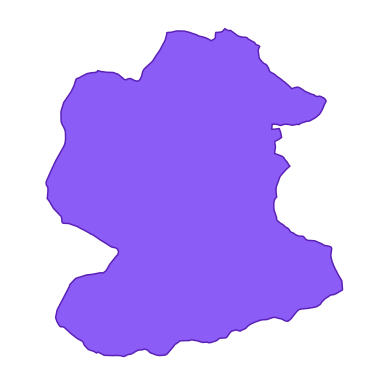 Si Ma Cai, Lào Cai, Vietnam, rotated 267°
{"feature_id": "81297802B8681355150837", "entity_name": "Si Ma Cai", "entity_type": "district", "adm_level": 2, "iso_a3": "VNM", "parent_name": "Vietnam", "parent_adm1": "Lào Cai", "projection": "albers", "projection_center": [104.253, 22.664], "detail": "fine", "context": "isolated", "style": "filled", "palette": "violet", "viewbox_px": 384, "rotation_deg": 267, "n_neighbors": 0, "source": "geoboundaries", "source_scale": "gbopen_adm2", "svg_char_len": 5900}
<svg xmlns="http://www.w3.org/2000/svg" viewBox="0 0 384 384"><g transform="rotate(267 192 192)"><path d="M352.2,175.1L350.4,174.9L344.9,173.1L335.3,167.3L330.5,163.6L324.6,159.4L317.5,150.8L314.9,149.1L309.9,147.6L307.0,145.9L305.5,144.0L306.2,140.8L308.6,136.4L308.4,134.0L307.5,132.2L308.0,130.1L309.7,128.5L313.5,124.3L315.5,119.4L316.0,113.4L317.0,107.8L318.1,104.2L316.8,103.2L316.8,102.7L316.4,101.2L316.4,98.4L316.2,96.3L315.7,93.3L313.4,88.2L312.5,86.4L311.9,84.9L311.2,82.8L311.0,82.5L310.2,81.9L309.4,81.5L308.9,81.4L304.2,79.7L298.4,76.5L288.1,68.6L279.9,65.6L278.2,65.3L270.6,65.0L268.4,65.2L266.8,65.7L264.4,66.8L261.9,67.9L259.4,68.6L257.0,68.7L251.6,68.5L248.0,67.9L246.0,67.2L244.3,66.4L230.3,57.5L220.4,52.2L211.2,47.6L209.6,46.9L208.7,46.8L207.5,46.8L206.5,47.0L204.4,48.1L203.6,48.3L202.1,48.3L198.9,48.0L193.0,47.1L190.5,48.9L182.9,52.8L175.9,58.8L174.9,59.8L173.6,60.3L172.4,60.5L169.2,60.6L168.2,60.9L167.8,61.4L167.5,62.1L167.0,67.2L163.6,75.5L161.3,79.1L160.2,81.2L156.7,86.9L155.6,88.3L154.5,90.6L151.0,95.3L149.5,97.1L144.6,104.2L142.5,107.0L141.6,108.4L141.2,109.1L140.8,110.4L140.4,112.3L139.8,113.5L139.2,114.2L138.7,114.7L137.9,115.0L136.3,115.4L135.5,115.4L134.6,115.1L133.7,114.7L133.0,114.2L131.9,113.0L124.4,106.3L118.5,102.5L117.6,101.7L117.1,101.0L116.7,100.3L115.9,99.0L115.9,97.8L116.2,96.6L115.0,88.3L114.7,82.5L114.1,80.0L113.8,79.2L112.5,73.7L111.7,71.2L106.9,66.1L105.8,65.2L103.6,64.3L81.7,51.4L80.8,51.0L74.0,49.3L73.3,49.3L69.4,50.5L66.4,52.0L64.6,53.3L64.3,53.9L64.2,54.8L64.2,55.8L63.9,56.6L63.0,57.8L56.2,64.5L51.6,69.9L49.7,73.0L49.3,73.8L48.6,74.7L47.4,75.5L44.9,76.3L40.8,79.6L40.3,80.2L39.4,81.8L38.3,84.9L37.6,86.3L36.2,88.1L37.0,89.9L35.2,93.0L33.7,95.5L33.5,96.1L33.1,100.4L33.0,102.0L32.8,103.8L32.7,108.2L32.6,109.8L32.2,112.6L31.7,113.9L31.3,115.3L31.4,115.7L32.1,117.7L32.5,118.3L32.9,119.2L33.3,122.4L33.5,123.1L34.8,125.8L35.7,127.3L36.6,129.3L37.0,131.0L37.0,132.9L36.9,133.7L37.2,134.8L37.5,135.7L37.6,136.5L37.5,136.9L37.3,137.5L36.3,139.3L35.7,140.0L34.1,141.4L33.3,142.5L32.6,144.5L31.5,146.8L31.0,148.2L30.5,150.3L30.4,151.1L30.5,156.4L30.8,157.2L31.2,158.0L31.7,158.8L38.0,164.8L39.2,165.9L40.2,166.5L40.6,167.0L42.3,169.9L43.8,172.0L43.9,172.5L44.0,174.9L43.8,180.4L43.8,181.3L44.0,182.3L44.3,183.3L44.4,184.0L43.6,187.1L43.4,188.5L42.9,190.2L41.9,192.7L41.2,195.0L41.3,198.1L41.2,199.1L40.6,200.8L40.6,201.7L40.7,202.9L41.2,204.8L42.2,208.4L42.6,209.3L44.2,211.4L44.5,212.1L44.6,212.9L44.5,214.9L44.6,216.1L44.5,217.6L44.8,218.3L45.0,218.9L45.6,219.6L48.6,221.8L50.1,223.2L50.7,224.0L51.2,225.1L51.4,226.4L51.8,228.1L51.8,229.4L50.8,231.9L50.6,232.9L51.0,233.7L51.6,234.8L52.5,237.5L53.0,238.4L53.5,239.1L54.8,240.3L56.3,242.4L57.0,243.6L58.7,247.9L60.4,253.8L60.6,255.1L60.7,256.8L60.7,260.2L62.2,265.3L62.5,266.9L62.5,267.7L62.4,268.4L62.3,269.1L61.3,271.9L60.7,274.2L60.2,275.5L58.7,277.8L58.4,278.5L58.1,279.5L58.0,281.0L58.1,281.3L58.3,281.8L58.6,282.2L59.7,283.6L60.7,284.7L66.0,289.3L67.9,291.2L68.6,292.2L69.1,293.2L69.4,294.4L69.7,300.8L69.9,303.2L70.5,308.1L70.8,309.9L71.1,311.0L71.3,311.3L72.0,312.1L72.5,313.4L73.5,314.6L75.0,315.6L76.8,317.4L78.8,319.8L80.3,322.6L81.5,324.4L81.9,325.6L82.1,328.1L82.6,329.6L83.4,331.5L85.6,335.6L86.2,337.0L86.8,337.2L87.3,337.2L95.2,337.0L95.5,336.9L96.0,336.7L99.0,335.1L102.1,333.5L106.1,331.8L106.6,331.4L111.1,329.6L115.8,328.1L120.6,327.3L122.1,327.4L127.9,328.5L128.2,328.5L128.7,328.4L129.4,328.1L129.9,327.6L130.2,327.0L130.5,326.6L131.4,323.1L131.5,322.2L131.7,321.4L132.1,320.8L133.2,319.3L136.7,312.4L137.1,310.2L137.6,305.5L137.7,305.0L138.6,303.4L141.6,301.0L141.9,300.6L142.5,296.1L144.1,293.0L145.6,291.2L146.5,289.3L146.8,288.7L147.4,288.1L148.8,287.3L149.8,286.8L151.1,285.4L151.7,284.3L152.6,283.0L153.9,281.9L154.9,280.8L155.8,279.2L159.6,275.1L162.4,275.1L162.8,275.0L164.5,274.4L165.5,274.2L168.5,273.3L170.3,273.0L172.6,272.9L176.2,273.1L178.7,273.6L180.6,274.4L181.7,275.4L182.6,276.3L187.9,275.9L191.3,276.2L193.6,276.7L197.0,278.3L202.6,280.6L204.3,282.0L209.4,287.0L212.7,291.1L214.7,289.7L217.2,288.4L219.1,286.8L221.6,285.4L223.0,283.8L226.2,276.5L228.1,276.8L232.1,277.6L233.7,277.7L236.0,277.3L237.6,277.3L238.3,277.5L239.5,280.4L241.7,284.3L246.1,283.8L250.7,282.5L250.8,281.9L250.5,278.9L250.4,274.9L255.6,275.6L255.4,277.2L255.4,278.9L254.9,280.9L254.5,282.0L254.1,283.0L253.8,284.0L253.9,284.5L254.1,285.4L254.7,287.2L254.8,288.1L254.6,290.7L254.3,292.7L253.6,294.9L253.5,295.6L253.5,296.4L253.6,297.5L253.9,298.8L254.1,300.3L254.0,301.3L253.8,301.9L253.8,302.5L254.3,303.1L255.2,304.8L255.9,307.8L256.4,309.3L256.6,310.5L256.7,312.7L257.0,313.7L259.1,317.9L260.4,320.1L262.8,323.1L264.0,324.2L266.4,325.8L269.1,327.3L271.6,328.4L273.1,329.2L275.4,330.6L276.0,330.6L276.8,330.3L277.8,329.7L278.6,329.1L280.6,325.7L281.0,324.5L280.9,322.5L280.8,321.6L281.3,320.5L281.6,320.2L282.8,318.6L283.4,316.6L286.5,310.3L288.1,308.3L290.5,304.9L291.1,303.3L291.2,302.2L290.8,299.8L290.1,297.6L290.0,297.0L291.7,295.5L293.8,293.5L297.1,290.1L298.3,288.5L299.9,286.9L303.2,282.6L304.6,281.3L305.9,279.6L307.7,276.6L309.0,275.5L310.5,275.3L313.5,274.0L314.4,273.5L315.6,272.5L316.1,271.4L316.9,270.2L318.3,268.9L320.5,267.2L322.1,266.2L324.1,265.9L329.7,265.5L332.6,266.4L333.1,266.9L333.9,267.2L334.9,266.0L335.2,264.9L336.3,263.2L338.0,262.3L338.4,261.6L338.7,261.2L340.0,259.0L342.0,256.0L343.2,255.0L343.7,253.7L343.8,251.9L344.3,249.5L344.8,247.8L345.5,246.1L346.4,244.8L347.3,243.9L350.3,240.2L351.3,239.1L351.4,238.8L351.3,238.1L351.4,236.2L352.4,234.7L353.4,233.5L353.2,233.2L350.7,230.8L350.3,229.4L350.1,227.6L350.1,224.4L350.0,224.1L347.8,223.6L344.7,223.3L344.1,222.8L343.7,222.3L342.1,219.2L344.3,215.6L345.3,213.6L346.6,210.0L347.0,208.1L347.7,206.3L348.6,205.2L350.4,200.5L351.3,198.6L353.1,192.7L353.3,189.7L353.6,186.1L353.5,183.8L352.8,181.0L352.6,179.4L352.6,176.2L352.2,175.1Z" fill="#8b5cf6" stroke="#5b21b6" stroke-width="1.5"/></g></svg>